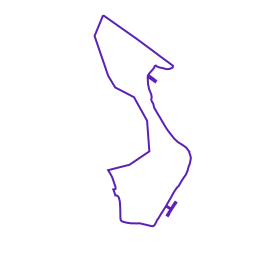 Pointe Seraphine, Castries, Saint Lucia (Equal Earth projection), rotated 302°
{"feature_id": "8701671B40799965178228", "entity_name": "Pointe Seraphine", "entity_type": "district", "adm_level": 2, "iso_a3": "LCA", "parent_name": "Saint Lucia", "parent_adm1": "Castries", "projection": "equal_earth", "projection_center": [-60.994, 14.016], "detail": "fine", "context": "isolated", "style": "outline", "palette": "violet", "viewbox_px": 256, "rotation_deg": 302, "n_neighbors": 0, "source": "geoboundaries", "source_scale": "gbopen_adm2", "svg_char_len": 3076}
<svg xmlns="http://www.w3.org/2000/svg" viewBox="0 0 256 256"><g transform="rotate(302 128 128)"><path d="M203.0,133.8L203.6,133.6L204.6,133.2L205.3,124.6L205.8,117.6L206.5,109.5L207.3,99.3L208.2,88.2L208.7,78.7L210.4,48.1L210.0,47.7L209.6,47.3L188.3,50.9L161.8,83.5L155.6,95.6L157.3,116.8L155.1,120.7L144.3,140.3L119.5,158.5L97.5,148.7L95.3,146.5L81.7,133.5L81.5,133.9L80.8,135.3L80.0,136.9L79.2,138.4L78.6,139.5L78.0,140.4L77.4,141.3L77.0,141.9L76.4,142.5L75.7,143.4L74.9,144.3L74.1,145.3L73.2,146.4L72.3,147.5L71.7,148.3L70.8,149.1L70.2,149.4L69.5,149.7L68.5,148.6L68.1,148.1L67.2,149.3L66.1,150.7L64.8,152.2L64.1,153.0L64.4,153.5L64.9,154.4L64.7,155.9L64.0,157.3L63.2,158.1L62.4,158.9L61.6,159.8L60.8,160.4L59.6,161.3L58.7,161.9L57.8,162.6L57.0,163.1L56.2,163.7L55.1,164.4L54.1,165.1L52.6,166.0L51.5,166.8L50.2,167.6L49.4,168.2L48.5,168.7L47.9,169.0L47.6,169.3L46.7,170.1L46.2,170.5L45.6,171.9L45.7,172.6L45.9,173.3L46.0,174.0L46.3,175.0L46.9,176.8L47.2,177.6L47.9,179.1L48.4,180.2L48.7,181.0L49.8,182.8L50.5,183.9L50.9,184.6L51.5,185.7L52.2,186.7L52.7,187.3L53.0,187.8L53.4,188.6L53.8,189.6L54.0,190.3L54.3,191.2L54.7,192.4L55.1,193.4L55.4,194.4L55.7,195.4L56.2,196.7L56.5,197.7L56.8,198.4L57.2,199.7L57.7,200.6L58.1,201.3L58.9,201.8L59.7,201.9L60.4,202.0L61.4,201.9L62.5,201.8L64.2,201.6L65.2,201.5L66.6,201.6L67.8,201.7L69.7,201.6L71.1,201.6L72.8,201.5L74.0,201.6L75.5,201.6L77.1,201.6L79.3,201.6L80.9,201.6L81.7,201.7L81.6,202.8L81.6,204.2L81.6,205.4L81.6,207.1L79.6,207.1L77.3,207.1L74.6,207.1L74.6,208.6L75.4,208.6L76.0,208.7L76.0,208.3L77.2,208.3L79.1,208.3L82.2,208.3L84.6,208.4L86.5,208.4L87.1,208.4L88.9,208.6L90.3,208.6L90.3,207.2L88.5,207.1L86.4,207.1L85.7,207.1L82.5,207.1L82.5,201.6L86.6,201.4L91.0,201.3L94.6,201.1L99.0,200.9L101.2,201.0L103.3,201.1L104.9,201.5L105.7,201.7L108.8,201.6L112.0,201.5L115.9,201.6L118.6,201.8L119.1,201.8L120.4,201.6L122.2,201.3L123.2,201.2L124.3,200.8L125.4,200.4L126.3,200.2L127.7,199.8L128.8,199.6L130.4,199.4L132.5,198.5L134.2,198.0L134.7,197.6L135.5,197.4L136.8,196.4L137.9,195.2L139.0,193.9L139.8,192.8L140.3,192.6L140.9,191.1L141.7,189.2L142.1,188.3L142.2,187.9L142.3,186.3L142.4,185.2L142.5,183.0L142.5,178.8L142.5,177.7L142.9,175.8L143.5,172.7L146.3,165.0L146.7,164.0L147.3,162.4L148.5,159.8L148.9,159.0L151.7,153.6L153.4,150.4L153.8,149.7L155.0,147.2L158.5,140.5L158.8,140.0L159.4,139.1L160.4,138.1L161.9,136.6L162.2,136.1L162.8,134.8L163.3,134.0L163.7,133.4L164.2,132.9L164.5,132.6L166.3,132.0L166.6,131.7L167.2,131.4L168.1,130.5L168.8,129.9L172.4,125.0L172.9,124.5L174.0,123.6L175.2,122.3L175.6,122.0L177.6,120.5L181.5,117.8L181.9,117.6L181.7,119.6L181.7,121.1L181.6,122.2L181.5,124.7L181.3,126.7L183.0,126.8L183.5,122.0L183.6,120.0L183.9,117.1L184.3,117.1L186.3,117.2L187.2,117.4L189.7,117.8L192.9,118.3L193.4,118.1L194.1,118.0L194.6,117.8L194.9,118.0L195.7,118.5L195.6,118.9L195.6,119.6L195.5,120.5L195.9,121.8L196.3,123.3L196.8,124.7L197.2,125.7L198.0,128.6L198.9,130.5L200.1,131.8L200.6,132.2L201.0,132.6L201.6,133.0L202.0,133.3L202.3,133.4L203.0,133.8Z" fill="none" stroke="#5b21b6" stroke-width="2"/></g></svg>